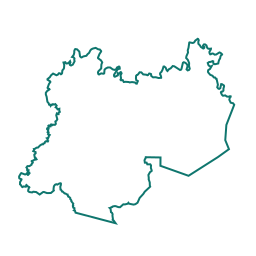 Adansi South, Ashanti, Ghana (Robinson projection), rotated 186°
{"feature_id": "2480657B97463209696641", "entity_name": "Adansi South", "entity_type": "district", "adm_level": 2, "iso_a3": "GHA", "parent_name": "Ghana", "parent_adm1": "Ashanti", "projection": "robinson", "projection_center": [-1.341, 6.005], "detail": "fine", "context": "isolated", "style": "outline", "palette": "teal", "viewbox_px": 256, "rotation_deg": 186, "n_neighbors": 0, "source": "geoboundaries", "source_scale": "gbopen_adm2", "svg_char_len": 5873}
<svg xmlns="http://www.w3.org/2000/svg" viewBox="0 0 256 256"><g transform="rotate(186 128 128)"><path d="M28.4,170.1L29.9,170.3L30.9,169.7L32.9,169.6L34.7,170.6L36.9,170.0L38.1,170.9L39.3,172.9L39.2,173.6L38.8,174.0L37.8,174.1L37.0,175.2L37.2,177.1L36.8,179.4L37.0,180.3L39.1,181.4L39.9,181.4L40.4,177.2L41.5,176.4L42.4,176.7L43.5,177.8L43.1,180.4L45.1,186.2L45.8,186.2L46.6,187.3L48.0,187.3L49.4,188.8L51.8,189.5L54.1,191.7L54.4,192.7L54.3,193.9L52.6,195.3L51.3,198.3L52.0,197.9L53.4,198.0L54.6,199.0L55.5,201.0L54.2,202.1L52.7,202.4L50.8,203.4L50.2,203.2L50.1,201.9L49.6,200.9L48.2,200.5L45.0,201.6L44.8,203.8L44.3,205.8L43.7,206.6L43.5,208.9L43.0,210.1L42.2,210.7L42.1,211.1L43.8,212.4L45.0,212.7L48.0,210.3L49.5,210.0L50.9,210.8L52.1,210.9L53.5,209.9L54.0,209.9L54.8,211.1L55.0,212.2L53.8,214.9L53.8,215.6L55.9,215.2L57.0,215.5L57.7,216.2L58.6,218.3L60.1,219.2L61.2,219.1L62.0,217.8L61.8,217.0L60.6,216.6L60.5,215.9L60.9,215.2L61.5,214.9L64.1,216.3L65.1,217.7L66.8,219.1L67.1,221.0L66.8,222.7L67.5,223.8L68.0,224.0L70.2,222.0L71.1,220.2L71.8,219.6L72.8,219.3L75.7,219.6L76.0,219.4L76.2,214.1L76.7,211.5L76.2,209.3L77.4,205.5L77.5,203.7L75.6,202.0L74.0,199.0L73.8,196.1L72.8,193.4L73.3,192.2L74.6,191.5L75.9,192.4L75.3,195.2L75.6,197.0L76.9,198.3L78.5,199.1L79.5,199.2L80.2,198.6L81.0,192.3L81.3,191.6L82.3,191.1L88.4,194.2L90.0,194.3L91.8,191.8L93.4,190.8L94.7,188.8L95.5,189.4L96.9,192.0L98.5,193.0L99.1,192.8L99.7,189.7L100.6,187.3L101.5,186.4L101.8,185.4L101.6,184.4L101.0,183.9L100.3,182.0L100.3,181.4L102.8,180.9L105.7,181.4L108.4,181.0L110.4,182.3L110.7,184.0L111.5,184.3L112.6,184.4L113.7,182.7L114.3,182.5L115.2,182.9L118.5,182.9L120.5,184.7L122.3,184.6L123.6,182.4L124.3,181.7L124.8,181.6L125.4,180.7L125.3,178.2L124.8,176.5L123.1,175.7L123.9,173.0L124.6,173.0L125.8,174.0L128.8,174.1L131.2,173.5L132.0,173.8L135.3,173.7L137.0,173.3L138.3,175.1L139.9,174.7L140.5,175.2L140.1,176.8L140.9,179.4L140.1,181.8L141.0,182.9L141.5,182.6L142.4,181.1L142.9,181.0L143.8,181.5L143.9,181.0L143.5,179.7L143.7,179.2L146.4,177.6L147.1,177.9L147.5,179.2L147.2,180.1L144.6,184.9L144.1,185.5L142.4,186.1L142.7,187.7L143.4,188.2L145.3,187.0L145.9,185.2L147.4,184.4L149.3,184.7L152.0,186.3L154.4,186.1L156.4,184.8L157.4,183.6L157.4,179.8L158.1,179.4L160.4,179.5L162.4,178.2L163.0,178.4L163.4,179.1L163.7,180.3L163.3,181.4L160.9,184.4L161.1,188.3L160.5,190.6L162.0,192.5L165.0,194.2L165.2,194.8L164.1,198.6L162.7,201.3L162.8,201.8L164.2,203.1L166.0,203.2L168.5,204.3L171.1,203.4L172.6,202.5L173.6,201.2L174.5,198.7L176.0,197.1L176.9,195.5L179.9,194.5L181.5,193.3L182.2,193.4L183.2,194.3L184.4,198.9L186.9,200.9L188.7,201.0L189.1,200.4L189.5,199.0L189.3,197.4L189.6,195.1L191.0,192.8L189.5,192.6L188.5,191.6L188.6,190.4L188.1,188.8L189.5,185.3L191.2,184.2L192.3,184.6L192.7,185.4L192.1,187.3L192.6,188.4L194.0,186.4L195.7,185.7L196.6,186.0L197.2,186.9L199.0,186.4L198.0,184.1L197.9,180.9L198.2,180.0L199.3,178.4L199.3,175.6L199.9,174.6L200.4,174.4L201.5,175.3L202.5,175.2L203.4,173.7L204.7,173.0L208.2,174.3L210.1,172.3L211.0,170.4L213.2,168.2L213.1,167.6L210.4,166.3L210.0,165.7L211.2,163.5L212.2,159.5L211.8,159.0L210.4,158.7L210.1,158.2L212.4,156.2L213.4,154.4L213.2,152.7L212.2,150.6L210.9,145.7L209.3,144.1L209.0,143.0L207.7,142.6L207.3,142.0L206.8,143.2L206.1,142.9L205.1,143.9L204.0,143.5L202.8,144.2L201.3,142.8L202.1,141.0L201.2,140.7L200.0,139.2L198.3,139.9L198.2,138.3L197.5,136.9L198.6,136.1L198.5,134.5L199.1,134.4L200.3,135.0L200.7,133.2L199.2,129.3L199.9,127.8L200.9,126.9L200.2,124.6L201.0,123.5L202.5,123.5L203.5,122.9L204.2,123.6L205.0,123.4L205.1,121.9L206.8,122.4L207.3,122.0L206.4,121.0L207.4,120.5L207.6,119.5L208.4,119.1L208.3,118.5L207.1,118.5L207.6,117.6L206.9,116.6L207.5,115.5L206.5,115.0L206.9,113.6L205.1,112.9L205.3,112.5L206.0,112.3L205.9,111.0L206.2,110.0L207.5,109.4L206.6,108.7L206.9,107.8L206.7,107.0L206.1,106.7L206.3,106.2L208.3,106.2L209.0,105.6L209.4,104.1L210.6,103.7L210.8,102.9L212.1,102.7L213.6,101.5L215.5,99.1L216.9,98.9L218.4,97.6L219.3,97.3L219.0,96.8L219.8,95.1L217.4,94.4L217.2,93.2L218.4,91.8L218.4,91.4L217.6,88.9L216.9,88.8L215.7,87.3L216.4,86.9L217.5,86.9L218.6,85.9L220.3,85.1L220.3,84.8L219.1,83.8L219.4,83.0L220.0,82.4L220.1,81.4L222.0,79.8L224.0,79.6L224.9,78.1L223.9,77.0L224.0,75.9L222.5,75.6L222.7,75.1L223.4,74.9L222.8,73.3L221.5,73.4L221.2,72.7L222.5,70.9L222.8,70.9L223.8,72.4L224.6,71.4L225.5,71.0L229.4,72.0L229.8,71.6L231.2,68.5L231.0,66.9L230.6,66.4L228.6,65.9L228.5,65.5L229.7,63.0L229.5,60.7L228.5,60.0L227.4,58.5L226.7,58.2L225.7,59.0L223.5,58.9L223.2,59.1L223.3,60.4L223.1,60.7L220.9,59.1L220.2,59.0L219.9,58.7L220.3,58.0L220.8,55.7L220.6,54.7L219.4,54.0L216.6,53.9L215.6,54.7L212.6,54.7L208.9,52.6L205.8,55.4L205.0,55.6L201.7,54.8L197.9,55.3L195.2,58.1L195.7,59.2L195.6,62.3L194.7,63.9L193.5,64.6L192.4,64.3L190.4,65.7L189.2,66.0L188.9,65.7L188.8,64.4L189.2,62.5L188.7,59.8L188.3,59.8L186.9,57.9L186.4,58.0L184.2,56.3L183.3,56.3L181.8,55.5L181.1,55.5L180.9,54.7L180.2,54.0L180.3,53.6L178.9,53.0L178.1,52.3L178.0,51.3L177.2,50.6L176.7,49.9L176.7,49.2L174.5,47.0L174.7,46.1L174.7,45.0L174.3,44.8L174.5,43.9L174.0,43.0L172.9,42.7L172.7,40.6L172.9,40.4L172.1,40.2L171.3,38.3L130.4,32.0L132.6,34.5L133.7,35.1L133.5,36.0L134.3,39.2L134.3,40.7L135.1,42.0L136.1,42.5L136.9,45.8L137.8,46.5L136.9,46.8L136.3,47.5L135.5,47.7L135.1,48.3L133.4,48.9L132.1,49.0L129.3,48.3L127.6,48.4L124.7,51.6L123.0,51.7L120.3,52.7L119.8,53.6L119.2,52.9L117.9,52.7L114.5,52.4L112.7,53.0L110.7,54.7L109.1,59.7L105.9,64.0L104.7,66.4L99.8,72.0L100.3,73.2L100.7,76.2L102.1,79.2L102.1,80.4L102.8,83.4L101.5,86.4L100.0,87.7L100.0,88.3L101.1,90.7L101.2,93.2L102.0,94.2L105.0,93.9L105.9,95.5L107.6,95.3L108.2,97.6L107.9,98.8L107.4,99.5L107.3,100.8L92.6,102.1L91.8,93.8L62.8,86.8L35.5,108.5L25.4,117.5L30.0,126.1L30.5,141.3L24.8,162.2L26.1,163.6L28.5,163.9L30.2,166.7L29.7,169.7L28.4,170.1Z" fill="none" stroke="#0f766e" stroke-width="2"/></g></svg>